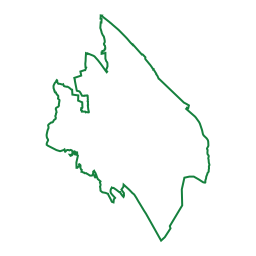 Jiutepec, Morelos, Mexico (Equal Earth projection)
{"feature_id": "50627088B83770147300305", "entity_name": "Jiutepec", "entity_type": "district", "adm_level": 2, "iso_a3": "MEX", "parent_name": "Mexico", "parent_adm1": "Morelos", "projection": "equal_earth", "projection_center": [-99.181, 18.886], "detail": "fine", "context": "isolated", "style": "outline", "palette": "green", "viewbox_px": 256, "rotation_deg": 0, "n_neighbors": 0, "source": "geoboundaries", "source_scale": "gbopen_adm2", "svg_char_len": 5579}
<svg xmlns="http://www.w3.org/2000/svg" viewBox="0 0 256 256"><path d="M65.5,151.5L66.3,150.6L66.8,150.2L67.3,150.0L68.2,150.0L69.5,150.4L70.0,150.1L70.6,149.9L71.1,150.1L71.8,150.4L72.1,150.9L72.4,151.6L72.5,152.1L72.4,153.3L72.3,153.7L71.9,154.3L71.4,154.7L70.9,154.9L69.8,154.8L70.5,155.8L71.7,155.4L72.4,154.8L73.0,153.9L73.4,152.0L74.0,151.4L74.4,151.3L74.7,151.4L74.9,151.6L75.0,154.4L76.4,154.7L76.4,152.3L77.1,152.4L77.1,153.4L77.3,154.0L77.3,155.2L77.4,155.3L77.9,155.7L76.4,162.4L76.5,167.8L77.4,167.8L77.9,166.8L78.6,166.7L79.0,166.4L79.2,165.5L79.2,165.1L79.0,164.4L79.4,164.2L80.3,165.0L80.5,165.5L80.5,166.2L80.4,167.5L80.5,167.9L80.6,168.4L81.1,169.5L81.7,169.8L81.5,171.8L82.3,171.8L82.8,172.2L83.5,172.6L84.1,172.6L84.6,173.2L86.3,173.2L87.3,174.0L87.7,174.1L90.0,175.6L91.8,175.6L92.1,175.5L92.5,175.0L92.9,174.1L93.2,173.2L93.2,171.6L94.1,170.8L94.4,171.4L95.4,172.9L96.2,174.8L94.9,175.6L94.7,175.6L94.3,175.3L94.6,176.6L95.2,177.4L96.8,176.6L97.2,177.7L97.7,178.9L98.0,179.2L100.5,181.4L99.9,182.5L100.1,183.0L100.6,184.7L100.5,185.2L100.3,186.1L100.0,186.6L100.4,188.5L100.5,190.4L100.6,190.8L102.4,192.3L105.7,192.9L106.8,193.4L108.0,193.8L108.3,194.7L108.5,195.1L110.7,199.3L111.2,200.4L111.5,201.1L112.0,201.9L113.5,202.4L113.7,200.9L113.7,200.0L113.8,199.5L114.1,199.0L115.1,197.9L111.9,194.4L111.1,193.3L110.7,192.6L110.5,191.3L110.7,189.8L110.9,189.2L111.8,187.6L112.1,187.9L112.3,188.0L113.5,187.9L113.7,188.0L116.3,189.8L119.0,191.9L119.3,192.1L119.7,192.0L120.2,192.0L120.3,192.1L120.4,192.9L120.7,193.4L122.7,196.1L123.5,196.9L124.0,195.7L123.9,194.4L123.9,193.1L121.4,189.6L123.4,186.8L123.6,184.6L129.2,189.7L131.8,192.4L131.9,192.6L134.2,194.5L136.4,197.9L138.4,201.4L139.7,203.5L144.1,210.8L146.0,213.7L161.1,240.6L164.8,237.2L170.5,228.4L169.8,226.1L182.2,205.4L181.8,189.4L184.4,177.7L189.4,176.6L193.8,176.6L198.7,179.4L203.2,182.3L204.6,182.6L205.2,182.6L205.3,182.5L205.3,182.1L205.4,180.5L205.4,180.2L206.0,178.7L206.3,176.5L207.1,174.7L207.5,173.1L208.5,171.9L208.7,171.3L208.7,169.9L209.0,168.4L208.9,166.6L208.9,166.2L209.4,165.1L209.4,164.7L209.3,164.3L208.8,162.5L208.6,159.6L208.3,158.6L208.3,158.1L208.7,156.6L208.7,155.9L208.5,155.4L207.7,154.4L207.5,153.9L207.4,152.7L207.6,150.0L207.5,149.8L207.1,149.1L207.0,148.8L207.1,148.3L208.2,146.3L208.4,145.4L208.2,141.5L207.9,140.3L207.5,139.6L206.7,138.4L204.2,136.0L203.6,135.4L203.2,134.6L202.9,134.0L202.1,130.3L201.1,127.3L199.9,123.7L199.1,122.1L195.8,117.5L194.8,116.4L186.2,108.9L186.5,108.6L186.9,107.8L187.9,108.3L188.2,108.3L188.9,105.4L186.4,103.9L184.3,102.8L184.0,102.7L158.8,78.6L158.6,78.6L157.5,76.0L156.2,74.2L156.3,74.0L156.3,73.8L153.7,69.7L153.4,69.7L153.6,69.0L152.8,68.6L152.7,68.6L151.7,67.0L150.1,64.8L149.3,63.9L147.7,61.9L145.5,59.3L145.3,58.8L145.2,58.3L145.4,57.3L143.1,54.9L142.4,54.3L142.1,54.3L141.8,54.5L133.0,44.6L132.8,45.0L130.3,42.4L127.1,38.6L125.4,36.8L118.7,30.0L117.1,28.6L112.9,25.0L111.0,23.3L110.0,22.6L109.9,22.4L103.3,17.2L101.4,15.6L101.5,15.5L100.7,15.4L100.7,16.8L100.5,18.7L101.6,19.0L101.4,22.5L100.7,22.4L100.3,28.0L100.8,29.4L101.5,31.8L101.7,32.8L102.7,35.0L103.3,35.9L103.7,36.3L103.9,36.8L104.4,38.9L104.8,41.1L104.7,42.3L104.1,43.4L103.9,43.9L104.3,45.1L104.8,45.5L105.0,45.9L105.1,46.8L105.3,47.8L105.2,48.9L104.8,48.9L104.4,49.8L104.4,50.6L102.4,51.0L102.4,52.1L101.6,52.3L101.6,53.8L105.4,53.0L105.4,55.2L105.4,57.9L105.4,58.7L106.1,60.8L106.4,61.4L107.1,62.2L107.4,63.1L107.5,66.4L106.6,68.8L106.0,69.9L106.5,70.8L107.2,71.6L106.7,72.2L105.7,70.9L101.0,64.2L97.9,60.2L94.5,56.4L93.3,55.7L87.6,53.4L87.5,53.9L86.0,53.2L85.7,57.7L85.6,60.9L85.3,63.7L85.5,67.2L86.2,67.5L85.2,70.1L84.7,70.1L80.4,71.5L81.2,75.4L81.2,75.6L74.3,77.9L74.5,78.9L74.9,79.9L74.8,80.4L76.8,90.7L77.3,90.9L78.8,91.2L79.6,91.6L80.4,92.7L82.0,95.7L84.1,95.9L84.2,95.7L84.5,95.6L85.1,95.5L85.9,95.7L86.1,95.6L86.8,95.4L87.3,95.4L87.6,95.6L87.8,97.7L87.7,98.4L87.9,99.4L87.8,100.2L87.6,101.3L88.0,101.6L87.9,103.0L88.1,104.9L88.1,105.0L87.8,105.2L87.8,105.4L88.3,109.6L88.9,112.0L88.8,112.3L88.7,112.4L88.4,112.4L86.3,112.1L85.7,112.3L85.5,111.9L85.2,111.6L81.9,111.6L81.9,110.6L81.4,110.5L81.1,110.3L81.0,109.6L81.3,108.1L82.0,108.2L82.4,107.7L82.4,105.8L82.2,104.9L82.4,104.2L82.3,103.4L82.2,103.2L82.2,102.3L78.1,100.6L78.3,95.4L72.4,94.6L72.1,89.7L71.3,89.5L69.2,87.7L67.5,86.7L66.6,86.8L65.8,86.5L65.1,86.5L63.9,86.0L63.2,84.3L62.9,84.5L61.7,84.4L60.5,84.0L59.7,83.8L58.4,83.8L58.2,83.7L57.9,83.3L57.3,81.9L57.1,81.4L57.2,80.9L57.2,80.5L56.8,80.1L56.3,80.7L56.3,81.1L55.8,82.1L55.3,82.4L54.7,83.2L53.6,85.5L53.5,86.4L53.6,88.3L54.1,89.5L54.1,90.0L54.6,90.7L54.5,91.3L54.6,91.6L55.0,92.3L55.8,92.3L56.0,92.6L56.0,92.9L56.2,93.4L56.6,93.8L56.7,94.4L57.1,94.8L57.7,95.2L58.2,95.8L58.3,96.5L58.2,96.9L58.3,97.4L58.0,98.2L58.0,98.5L58.4,99.1L59.2,99.7L59.3,100.0L59.5,100.2L59.4,101.4L59.1,101.9L59.2,102.8L59.0,103.3L58.9,104.1L58.8,104.6L59.0,105.2L58.8,105.6L58.6,106.4L57.6,107.1L56.5,107.6L56.2,107.8L55.8,108.7L55.8,109.3L56.1,110.0L56.6,112.3L56.5,112.6L56.0,113.3L55.9,114.7L55.4,115.8L55.3,116.0L55.5,116.8L55.8,117.5L55.7,118.7L55.1,119.3L54.6,119.5L54.0,120.1L53.6,120.6L53.3,121.4L52.8,122.1L52.0,122.5L51.3,122.4L50.8,122.8L49.4,123.8L48.4,124.7L48.2,125.2L48.1,125.6L48.5,126.7L48.5,128.1L48.0,129.3L47.8,129.6L47.7,130.1L47.5,130.7L47.3,131.5L47.2,132.0L46.9,133.4L46.6,135.0L46.7,136.2L46.8,137.1L47.3,138.4L47.9,139.3L48.1,140.1L47.9,140.7L47.1,142.4L46.7,143.6L46.7,144.2L46.7,144.8L47.9,145.7L56.5,150.1L60.1,151.2L63.5,150.1L64.5,149.4L64.8,150.2L65.0,151.4L65.3,151.3L65.5,151.5Z" fill="none" stroke="#15803d" stroke-width="2"/></svg>